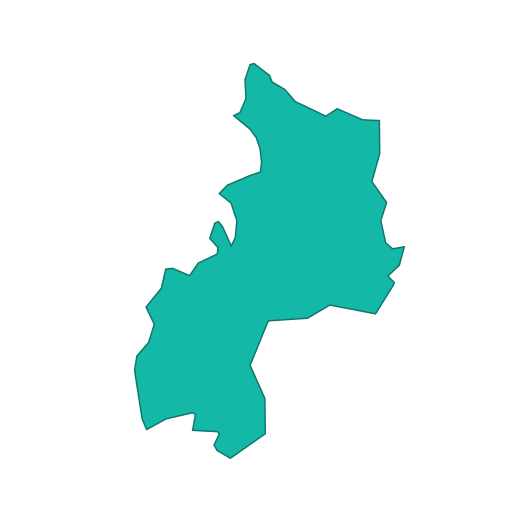 map outline of Central Bedfordshire (Albers equal-area conic projection), rotated 161°
{"feature_id": "GBR-5697", "entity_name": "Central Bedfordshire", "entity_type": "Unitary Authority", "adm_level": 1, "iso_a3": "GBR", "parent_name": "United Kingdom", "parent_adm1": "", "projection": "albers", "projection_center": [-0.422, 51.997], "detail": "fine", "context": "isolated", "style": "filled", "palette": "teal", "viewbox_px": 512, "rotation_deg": 161, "n_neighbors": 0, "source": "natural_earth", "source_scale": "10m", "svg_char_len": 1053}
<svg xmlns="http://www.w3.org/2000/svg" viewBox="0 0 512 512"><g transform="rotate(161 256 256)"><path d="M113.2,301.7L122.2,288.6L115.1,264.1L126.5,248.8L129.1,226.3L124.5,218.3L112.8,216.4L123.5,200.6L137.9,194.1L133.9,185.8L136.0,183.4L161.8,162.4L202.2,185.6L227.5,180.4L265.5,190.7L297.2,154.6L294.0,118.5L305.0,85.0L346.1,73.1L356.1,84.8L357.2,91.0L348.6,99.7L349.7,102.5L372.7,111.8L364.8,125.9L367.2,128.5L394.0,131.3L415.9,127.5L416.7,139.0L408.0,187.5L401.2,200.2L385.7,209.2L374.4,224.5L376.6,243.5L355.9,256.4L345.6,273.0L338.9,271.5L325.2,259.0L312.9,268.1L291.9,270.5L289.2,276.5L294.0,287.7L284.2,300.5L280.2,300.7L278.1,294.7L276.2,273.6L269.6,280.1L262.6,295.5L262.3,314.0L270.4,327.0L260.0,332.3L236.0,334.0L224.5,334.0L220.3,342.4L217.2,356.0L217.2,367.8L220.3,377.9L229.7,393.1L231.3,396.0L224.5,396.8L214.2,408.2L208.9,426.5L199.2,438.9L195.2,438.6L184.4,422.3L184.1,415.2L174.5,404.0L168.6,389.2L144.4,365.4L131.3,368.8L110.8,350.0L95.3,343.9L105.6,312.7L113.2,301.7Z" fill="#14b8a6" stroke="#0f766e" stroke-width="1.5"/></g></svg>